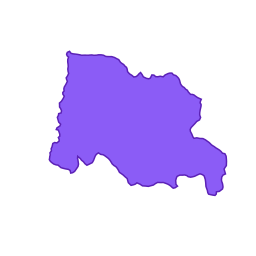 Tupã, São Paulo, Brazil, rotated 72°
{"feature_id": "56859067B14045296433248", "entity_name": "Tupã", "entity_type": "district", "adm_level": 2, "iso_a3": "BRA", "parent_name": "Brazil", "parent_adm1": "São Paulo", "projection": "mercator", "projection_center": [-50.528, -21.957], "detail": "fine", "context": "isolated", "style": "filled", "palette": "violet", "viewbox_px": 256, "rotation_deg": 72, "n_neighbors": 0, "source": "geoboundaries", "source_scale": "gbopen_adm2", "svg_char_len": 3456}
<svg xmlns="http://www.w3.org/2000/svg" viewBox="0 0 256 256"><g transform="rotate(72 128 128)"><path d="M123.3,49.4L121.8,51.1L120.5,52.5L118.5,54.0L116.9,55.1L115.9,56.5L115.4,58.1L113.9,58.8L112.4,59.5L110.4,59.9L108.9,61.2L106.9,62.0L105.3,63.4L103.8,64.0L102.3,64.4L100.1,64.3L98.4,64.2L96.4,64.5L94.8,65.2L92.9,66.3L91.4,68.4L89.4,69.2L88.7,71.3L88.6,73.0L89.0,76.3L90.2,78.7L88.7,81.4L88.5,83.7L87.7,85.8L85.7,87.0L84.9,88.9L87.4,91.3L87.6,93.1L86.5,95.1L84.1,97.6L81.5,98.1L79.1,98.9L79.8,100.7L80.8,102.3L81.6,104.2L81.3,106.7L79.0,108.1L77.0,109.8L74.3,111.0L71.6,110.6L69.8,110.7L68.4,111.7L66.3,112.5L64.6,113.9L63.3,114.8L61.6,115.3L60.1,115.7L58.6,117.3L56.8,119.0L55.1,121.4L54.5,123.2L53.7,125.5L53.0,127.1L51.3,128.7L50.3,130.5L49.3,133.3L49.0,135.5L48.3,138.0L47.4,139.7L46.9,141.4L46.6,143.0L46.1,144.5L45.5,146.2L45.0,147.8L44.5,149.6L43.5,151.2L42.4,153.2L41.5,155.1L40.6,157.1L39.4,159.1L37.0,159.9L37.3,162.3L38.8,163.6L40.5,163.6L42.2,162.6L44.2,164.1L46.5,164.9L48.8,165.3L50.9,165.8L53.3,167.0L55.5,167.5L57.8,167.6L60.0,169.7L61.2,171.3L63.1,171.4L64.8,171.2L65.9,172.2L67.1,173.4L68.2,174.6L69.3,175.9L70.9,176.9L73.1,177.4L74.0,179.0L75.7,179.5L78.0,178.8L79.7,180.3L80.9,181.7L82.1,183.2L83.1,185.5L85.0,186.0L86.9,186.6L88.7,186.1L91.1,185.9L93.0,187.0L92.9,189.5L94.5,190.3L96.0,191.9L98.7,192.0L101.0,192.1L103.5,190.9L105.0,192.1L105.5,193.9L105.9,195.5L107.3,196.7L108.5,194.9L110.7,194.8L112.8,194.8L114.7,195.4L115.5,197.2L117.6,197.0L119.2,197.6L120.2,200.3L119.1,202.3L119.5,204.3L122.3,206.0L124.0,207.5L126.1,207.9L127.5,209.9L129.6,210.3L130.9,211.2L132.3,211.8L133.8,212.6L135.8,212.1L137.5,211.1L139.4,209.7L140.9,207.7L141.7,206.0L143.4,205.0L145.0,204.0L146.5,201.8L147.7,199.8L148.9,197.5L150.4,196.2L153.2,196.4L153.4,194.4L152.8,192.2L150.7,189.4L149.1,187.4L147.0,186.2L144.6,185.8L142.9,185.5L141.4,185.4L139.4,184.6L142.5,182.7L144.2,182.2L146.3,180.8L148.6,180.0L150.7,178.6L150.4,175.9L149.9,172.7L148.3,170.9L146.2,169.2L144.7,168.0L143.3,166.3L142.5,163.8L144.6,162.2L145.8,159.8L147.4,158.5L149.5,157.0L151.0,156.0L153.4,155.0L157.3,154.1L159.4,152.9L161.0,151.5L162.7,150.8L164.5,150.3L167.6,149.8L169.0,148.7L171.2,147.1L173.6,145.8L175.8,144.4L177.5,144.5L180.1,144.6L183.5,142.8L183.7,140.0L183.6,138.2L182.9,136.5L185.2,133.9L187.5,132.1L188.6,129.3L189.8,126.7L190.1,121.5L189.3,119.0L188.9,116.7L190.1,113.5L190.7,111.3L192.4,109.1L193.6,107.6L194.9,106.4L196.2,105.4L197.7,104.6L199.2,103.6L199.4,101.7L198.6,98.9L196.4,99.8L194.9,99.4L192.7,98.9L190.7,97.6L189.2,96.3L188.8,93.4L189.6,91.0L190.2,88.6L191.4,86.8L192.9,85.8L194.1,83.7L194.4,81.6L194.5,79.5L194.0,76.0L193.8,73.7L195.4,71.6L197.1,70.4L200.8,70.4L203.5,70.9L205.2,71.3L207.6,71.9L209.7,71.9L211.7,71.8L214.2,72.1L215.8,71.8L217.0,69.9L218.0,68.1L219.0,66.1L218.1,64.5L216.0,63.6L216.5,60.7L215.8,58.7L215.2,57.0L213.5,55.9L211.5,55.5L209.8,55.3L207.6,55.4L206.0,55.1L203.5,53.9L202.1,52.1L201.8,49.5L196.7,49.3L195.3,47.6L194.2,46.1L190.1,44.6L187.8,44.0L185.1,43.4L182.4,43.8L181.1,46.0L179.2,46.7L177.3,47.8L175.6,49.2L174.0,50.6L172.4,51.7L171.0,52.9L169.7,53.9L168.2,54.6L166.6,55.5L164.6,57.0L163.2,58.0L161.2,60.0L160.1,63.0L158.6,65.6L158.2,68.4L156.6,69.0L153.5,69.2L150.6,69.7L148.7,69.4L147.1,67.9L145.8,65.5L144.4,62.9L143.0,60.6L142.4,57.5L140.4,55.7L137.8,55.8L135.7,55.1L133.7,54.1L131.5,52.8L129.6,51.7L128.0,51.2L126.4,51.7L125.0,50.9L123.3,49.4Z" fill="#8b5cf6" stroke="#5b21b6" stroke-width="1.5"/></g></svg>